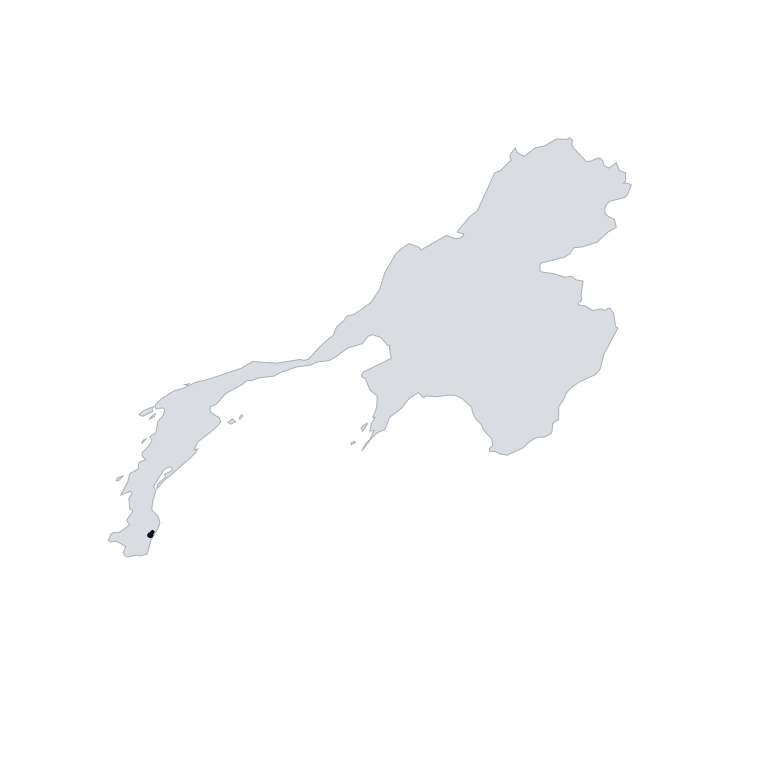 location of Bacho, Narathiwat, Thailand, rotated 58°
{"feature_id": "78962969B22586560209583", "entity_name": "Bacho", "entity_type": "district", "adm_level": 2, "iso_a3": "THA", "parent_name": "Thailand", "parent_adm1": "Narathiwat", "projection": "equal_earth", "projection_center": [101.634, 6.553], "detail": "fine", "context": "in_parent", "style": "filled", "palette": "ink", "viewbox_px": 768, "rotation_deg": 58, "n_neighbors": 0, "source": "geoboundaries", "source_scale": "gbopen_adm2", "svg_char_len": 5114}
<svg xmlns="http://www.w3.org/2000/svg" viewBox="0 0 768 768"><g transform="rotate(58 384 384)"><path d="M340.2,71.7L340.7,74.7L343.2,70.7L346.3,68.8L352.6,77.5L353.3,81.3L348.7,95.3L349.4,100.0L352.3,103.8L355.9,106.1L359.6,105.5L366.6,101.4L374.3,104.0L373.8,113.3L376.6,128.2L372.8,143.3L369.0,150.8L371.9,157.3L372.1,163.5L364.6,187.1L366.1,189.0L370.8,191.6L372.8,190.7L380.6,181.4L389.2,174.2L392.0,168.1L397.4,166.0L402.3,160.6L413.5,170.2L416.5,171.0L417.9,172.6L418.5,176.6L419.9,177.2L424.5,171.8L432.2,168.3L435.3,160.1L438.9,157.7L438.5,153.7L439.6,152.2L445.9,151.8L455.5,156.1L458.9,157.0L460.5,156.0L475.7,182.3L485.6,192.3L488.1,199.2L485.9,216.9L486.2,226.9L488.4,234.6L492.5,240.0L495.7,247.7L507.1,255.0L506.1,257.0L506.9,261.7L514.0,267.3L514.6,269.1L513.9,276.3L510.7,281.8L510.0,286.2L510.0,291.7L511.8,300.0L509.7,317.2L505.5,322.1L500.0,325.5L497.0,330.2L494.7,329.0L493.6,324.3L487.6,321.6L475.9,324.1L470.0,323.0L462.2,324.6L454.6,323.9L450.1,321.9L437.3,325.7L432.0,329.1L428.1,334.1L422.4,346.7L416.5,354.5L416.6,357.7L409.4,359.6L409.7,370.4L413.9,382.2L415.2,397.0L423.3,407.4L421.8,414.8L422.8,421.9L429.1,438.4L424.5,430.6L423.6,425.2L418.2,417.0L416.5,421.1L410.2,414.9L407.5,408.8L406.6,411.5L400.3,402.9L394.0,398.3L390.4,396.1L381.5,399.2L370.2,396.8L365.8,399.1L364.0,397.7L362.9,395.1L366.1,364.3L356.4,360.4L354.7,358.4L352.6,360.7L343.0,362.0L336.0,367.7L335.1,372.4L338.3,380.9L334.2,396.1L335.5,410.5L335.0,418.4L330.1,428.5L328.9,436.6L323.3,448.9L319.7,464.5L318.8,473.6L312.3,487.4L310.7,495.2L308.4,498.1L309.3,504.4L308.2,523.4L312.3,537.2L311.1,543.7L315.6,545.9L326.2,541.6L329.8,542.7L332.0,550.3L334.7,572.9L339.2,579.9L340.3,576.4L342.4,580.0L344.0,586.8L349.6,622.6L352.5,631.9L349.1,629.5L347.2,618.3L344.1,617.8L345.2,610.7L343.2,608.1L340.1,610.2L340.1,615.8L348.6,633.6L353.8,634.1L360.5,641.9L367.7,647.7L376.8,645.7L383.1,647.6L386.9,652.4L392.8,664.5L402.6,674.6L401.1,680.9L397.3,686.0L395.2,692.7L392.6,694.7L389.0,694.7L385.0,689.1L375.4,694.2L373.2,699.5L370.8,700.8L366.5,695.0L366.9,691.8L369.5,687.0L368.8,674.6L363.1,674.4L359.2,665.1L358.0,664.2L355.2,665.6L346.0,661.2L343.3,655.5L340.6,655.9L338.8,665.9L330.7,652.6L325.2,647.1L326.0,637.1L322.2,635.0L320.6,632.2L322.0,626.3L316.8,627.2L314.3,625.6L311.3,614.9L308.7,610.6L305.3,610.6L304.2,608.5L304.5,603.3L296.1,595.8L293.4,587.3L289.4,583.5L286.8,584.6L284.3,590.7L282.3,590.3L280.6,588.6L278.4,580.1L278.6,565.2L281.3,556.5L282.8,542.6L286.8,530.9L295.0,496.8L295.4,483.4L309.3,464.3L318.6,442.4L321.6,439.2L323.0,435.2L318.2,417.6L316.0,405.4L316.4,402.2L310.5,394.0L309.0,384.5L307.5,381.5L306.9,378.4L309.2,372.8L308.0,352.1L301.6,337.8L290.1,324.5L279.9,305.1L278.5,298.2L278.2,288.4L286.5,281.9L289.9,281.5L291.1,252.3L298.3,246.8L299.8,244.4L300.6,239.5L298.9,236.7L294.3,241.5L293.4,240.4L287.7,223.3L286.5,213.0L263.6,178.1L264.7,172.2L261.4,157.2L258.0,157.0L255.7,154.3L253.4,147.6L257.8,148.4L265.1,144.6L264.0,130.1L267.1,121.7L267.6,107.8L273.2,99.6L274.0,95.6L277.0,95.0L281.0,98.0L285.1,98.1L302.3,94.6L304.5,90.9L305.6,83.3L307.3,80.8L311.1,80.2L315.5,81.7L320.2,78.7L319.4,69.7L327.6,71.3L332.9,67.2L340.2,71.7ZM284.7,594.7L283.5,605.8L280.2,608.1L279.1,601.6L281.1,591.2L282.0,593.6L284.7,594.7ZM337.4,529.8L336.8,535.2L333.9,536.9L333.2,530.9L337.4,529.8ZM409.4,419.7L413.0,427.3L408.9,426.6L408.1,419.2L409.4,419.7ZM324.1,662.4L322.3,659.2L323.8,654.1L325.3,660.3L324.1,662.4ZM290.1,595.9L289.3,602.0L287.7,593.7L290.1,595.9ZM337.5,525.0L335.9,524.4L334.6,520.9L336.5,520.9L337.5,525.0ZM304.3,614.1L306.2,621.3L304.0,618.0L304.3,614.1ZM418.6,439.7L418.1,444.2L416.3,442.3L417.4,439.0L418.6,439.7ZM280.9,551.7L278.9,553.4L280.5,549.1L280.9,551.7Z" fill="#d9dde1" stroke="#a8b0b8" stroke-width="1"/><path d="M390.0,660.4L389.9,660.4L389.7,660.4L389.4,660.3L389.3,660.2L389.2,660.2L388.9,660.2L388.7,660.2L388.6,659.9L388.5,659.7L388.4,659.7L388.4,659.4L388.2,659.2L388.0,658.7L387.9,658.4L387.9,658.2L387.7,658.2L387.7,658.3L387.6,658.2L387.5,657.9L387.5,657.7L387.4,657.5L387.4,657.8L387.4,658.0L387.2,658.0L387.2,657.9L387.3,657.8L387.3,657.7L387.2,657.6L387.1,657.8L386.9,657.8L386.9,657.7L386.7,657.7L386.6,657.8L386.5,658.0L386.4,658.0L386.2,658.0L386.2,657.9L385.9,657.9L385.9,658.0L385.7,658.2L385.7,658.3L385.7,658.5L385.6,658.8L385.6,659.0L385.7,659.3L385.8,659.4L385.9,659.5L386.0,659.5L386.3,659.8L386.3,660.0L386.2,660.2L386.2,660.3L386.3,660.3L386.3,660.5L386.2,660.5L386.3,660.7L386.4,660.8L386.4,661.0L386.5,661.3L386.7,661.5L386.6,661.8L386.5,662.0L386.4,662.0L386.2,662.2L386.2,662.3L386.1,662.5L386.2,662.8L386.3,663.0L386.5,663.2L386.5,663.3L386.7,663.5L386.7,663.8L386.8,663.8L387.0,664.0L387.3,664.2L387.4,664.3L387.5,664.4L387.5,664.5L387.8,664.6L388.0,664.6L388.3,664.6L388.5,664.6L388.8,664.5L388.9,664.4L389.0,664.4L389.3,664.2L389.5,664.1L389.7,663.9L389.8,663.8L389.8,663.7L390.0,663.6L390.2,663.4L390.3,663.2L390.5,662.8L390.5,662.7L390.5,662.4L390.4,662.4L390.3,662.2L390.3,661.9L390.3,661.7L390.4,661.4L390.3,661.2L390.2,661.0L390.2,660.9L390.1,660.6L390.0,660.4L390.0,660.4Z" fill="#0f172a" stroke="#020617" stroke-width="1.5"/></g></svg>